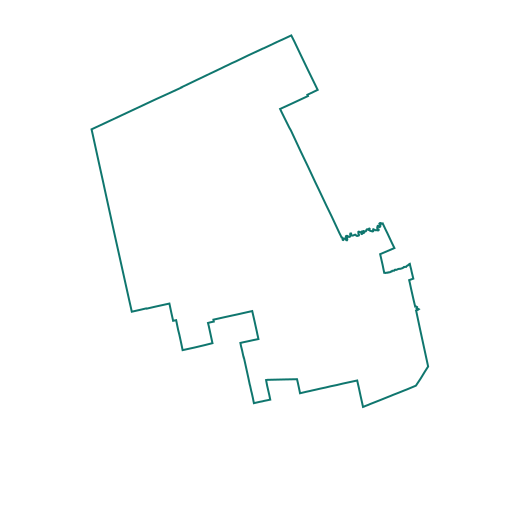 outline of Juárez Celman, Córdoba, Argentina, rotated 155°
{"feature_id": "61730980B81524529409154", "entity_name": "Juárez Celman", "entity_type": "district", "adm_level": 2, "iso_a3": "ARG", "parent_name": "Argentina", "parent_adm1": "Córdoba", "projection": "robinson", "projection_center": [-63.851, -33.267], "detail": "fine", "context": "isolated", "style": "outline", "palette": "teal", "viewbox_px": 512, "rotation_deg": 155, "n_neighbors": 0, "source": "geoboundaries", "source_scale": "gbopen_adm2", "svg_char_len": 5844}
<svg xmlns="http://www.w3.org/2000/svg" viewBox="0 0 512 512"><g transform="rotate(155 256 256)"><path d="M362.3,201.7L350.3,199.0L340.1,196.9L332.3,195.4L328.4,212.5L327.8,215.6L325.5,215.2L322.0,214.4L321.5,216.3L316.5,215.2L310.6,213.9L302.6,212.1L297.4,210.9L282.7,207.7L285.0,197.0L285.7,193.9L287.2,187.1L288.0,183.8L288.2,182.7L288.9,179.7L293.9,180.9L298.4,181.9L304.0,183.2L306.9,183.8L307.7,180.5L308.5,176.3L309.7,171.1L310.0,169.5L309.9,169.5L310.1,168.2L310.4,166.8L312.3,158.3L314.5,148.5L316.0,142.1L316.2,140.8L317.4,135.5L317.7,133.8L318.8,128.8L320.1,123.5L319.1,123.3L314.0,122.2L311.7,121.6L309.6,121.2L306.0,120.3L305.0,120.1L303.8,119.8L302.7,124.4L301.6,129.6L300.7,133.8L299.3,139.3L297.9,138.9L281.5,131.7L270.9,127.0L271.7,123.2L272.6,119.3L273.5,115.4L274.1,113.0L269.3,112.0L268.8,111.9L268.7,111.9L263.9,110.8L261.9,110.4L258.8,109.7L254.1,108.7L248.5,107.4L243.5,106.4L237.3,104.9L231.3,103.7L225.2,102.3L216.9,100.4L217.3,98.6L218.6,92.6L219.8,87.4L220.2,85.7L222.0,77.5L222.8,74.0L219.5,73.8L216.9,73.6L215.4,73.6L204.1,72.9L196.5,72.5L193.2,72.3L190.4,72.2L184.6,71.8L178.7,71.5L175.8,71.3L170.8,71.1L165.9,70.9L165.7,71.0L158.5,75.4L151.9,79.8L146.7,83.1L138.3,120.1L134.1,138.2L134.0,138.9L132.1,138.8L131.0,139.0L131.4,139.6L131.9,139.4L132.7,140.5L132.1,141.0L131.6,141.7L132.4,142.8L133.1,142.9L132.5,145.9L131.5,150.7L129.3,160.8L127.8,167.3L127.4,169.4L123.0,169.0L121.6,175.9L121.0,178.5L120.5,181.3L119.9,183.9L120.0,183.9L120.3,183.9L120.5,183.7L120.8,183.7L121.0,183.7L121.5,183.5L121.8,183.4L122.0,183.3L122.4,183.4L122.7,183.4L123.1,183.3L123.3,183.2L123.5,183.2L123.8,183.1L124.1,183.0L124.4,182.8L124.6,182.7L124.7,182.8L124.9,182.9L125.1,183.0L125.3,183.1L125.5,183.2L125.9,183.2L126.3,183.2L126.5,183.4L126.6,183.5L126.9,183.5L127.1,183.4L127.5,183.2L128.0,183.1L128.3,183.2L128.5,183.2L129.0,183.1L129.4,183.2L129.6,183.3L129.9,183.3L130.4,183.3L130.6,183.4L130.9,183.6L131.2,183.7L131.4,183.7L131.7,183.8L132.1,184.0L132.6,184.1L132.8,184.1L133.1,184.1L133.3,184.1L134.0,184.1L134.5,184.1L134.8,184.2L135.1,184.3L135.3,184.4L135.4,184.6L135.5,184.6L135.8,184.7L135.9,184.8L136.0,184.8L136.4,184.6L136.5,184.5L136.7,184.4L136.9,184.3L137.1,184.3L137.3,184.4L137.6,184.6L137.9,184.7L138.0,184.8L138.4,184.8L138.7,184.9L138.9,185.0L139.1,184.9L139.3,184.7L139.5,184.6L139.8,184.7L140.0,184.7L140.4,184.7L140.7,184.9L140.9,184.8L141.1,184.7L141.3,184.7L141.7,184.7L142.0,184.8L142.3,185.0L142.6,185.1L142.8,185.2L143.0,185.1L143.5,185.3L143.6,185.2L144.0,185.3L144.2,185.5L145.0,185.7L145.3,185.8L145.5,185.8L145.6,186.0L145.8,186.1L146.1,186.1L146.7,186.5L146.9,186.6L145.0,194.5L142.7,205.2L127.2,204.7L127.3,210.5L127.3,221.2L127.4,225.1L127.4,228.4L127.4,231.8L127.7,231.7L128.1,231.8L128.4,232.1L128.5,232.5L128.7,232.8L129.0,233.1L129.5,233.4L130.1,233.4L130.5,233.2L130.5,232.8L130.1,232.3L130.2,231.8L130.4,231.2L130.6,230.6L131.0,230.2L131.4,230.0L131.9,230.0L132.2,230.2L132.4,230.7L132.4,231.2L132.3,231.5L132.5,231.8L132.8,231.9L133.2,231.7L133.5,231.3L134.1,230.6L134.4,229.8L134.4,229.2L134.2,228.8L133.9,228.6L133.7,228.3L133.7,227.9L133.9,227.6L134.3,227.5L134.7,227.6L134.9,228.0L135.6,228.4L136.0,228.5L136.6,228.7L137.0,229.1L137.4,229.6L137.8,229.9L138.0,230.3L138.2,230.6L138.4,230.7L138.6,230.5L138.7,230.3L139.0,229.9L139.2,229.0L139.6,228.9L140.0,229.0L140.3,229.2L140.6,229.5L141.0,229.9L141.7,230.4L142.0,230.7L142.1,231.3L142.0,231.8L141.6,232.4L141.5,232.7L141.7,233.0L142.1,233.0L142.5,232.7L142.6,232.4L142.8,232.2L143.0,232.1L143.2,232.3L143.3,232.6L143.6,233.1L144.0,233.3L144.5,233.2L145.0,232.9L145.3,232.6L145.5,232.3L145.8,232.1L146.1,232.0L146.5,232.1L147.0,232.1L147.3,232.3L147.4,232.5L147.6,232.9L148.0,233.2L148.2,233.3L148.5,233.2L148.5,232.6L148.1,232.2L148.1,231.6L148.4,231.4L148.6,231.3L148.9,231.4L149.1,231.7L149.1,232.1L149.1,232.3L149.1,232.7L149.3,233.2L149.9,233.5L150.4,233.3L150.5,232.9L150.0,231.9L149.9,231.4L150.4,231.2L150.9,231.2L151.1,231.4L150.9,232.3L150.9,232.7L150.9,233.0L151.1,233.3L151.5,233.6L151.9,233.9L152.2,234.2L152.4,234.6L152.7,234.7L153.1,234.6L153.3,234.1L153.3,233.5L153.8,232.9L153.7,231.7L153.9,231.3L154.3,231.1L154.7,231.2L155.2,231.3L155.8,231.4L156.4,231.9L156.6,232.5L156.8,233.0L156.9,233.3L157.4,233.5L158.2,233.5L159.5,233.6L160.3,233.9L160.8,234.4L160.7,235.0L160.3,236.2L160.6,236.4L161.0,236.5L161.5,235.9L161.6,235.6L161.7,234.9L162.2,234.1L162.7,233.8L163.2,233.8L163.6,234.0L164.1,234.5L164.3,235.0L164.6,235.5L165.1,235.9L165.9,236.0L166.2,235.9L166.3,235.7L166.3,235.4L166.1,235.0L165.7,234.7L165.6,234.3L165.7,233.9L165.9,233.6L166.1,233.3L166.3,232.3L166.6,232.0L166.9,231.8L167.4,232.1L167.6,232.7L167.5,233.3L167.5,233.8L167.9,234.3L168.4,234.5L168.6,234.5L170.0,233.6L170.3,233.6L170.6,234.0L170.6,234.3L170.4,234.5L170.2,234.8L169.9,235.4L169.9,236.1L170.2,236.5L170.6,236.6L170.6,238.5L170.7,241.4L170.7,246.2L170.7,259.9L170.9,271.9L171.0,290.4L171.1,298.0L171.1,315.6L171.2,322.5L171.3,332.5L171.3,340.5L171.3,349.4L171.3,354.4L171.4,356.6L171.5,357.0L171.6,359.3L171.8,367.1L171.9,371.0L172.0,375.9L172.0,379.1L159.8,379.0L154.5,379.0L147.5,379.0L141.3,379.0L141.3,380.4L129.9,380.5L130.3,402.5L130.5,420.4L130.6,434.1L130.8,441.0L139.4,441.0L146.6,441.1L154.3,441.0L161.4,441.0L161.9,441.1L178.8,441.1L184.9,441.0L192.0,440.9L196.6,441.0L200.4,440.9L204.3,440.9L208.3,440.8L223.5,440.7L231.1,440.6L234.9,440.6L241.9,440.5L252.3,440.4L252.3,440.2L255.9,440.2L272.1,440.3L280.1,440.4L333.9,440.3L351.5,440.3L352.6,435.3L359.3,405.5L363.3,387.5L364.4,382.7L365.3,378.7L368.3,365.4L375.2,334.6L379.5,315.1L379.9,313.3L389.4,270.4L392.1,258.0L383.4,256.1L377.6,254.9L377.4,254.5L368.9,252.7L354.6,249.5L354.8,248.6L356.8,240.0L358.5,232.3L355.5,231.6L356.0,229.4L356.5,227.4L357.8,221.9L358.7,217.2L360.6,208.8L361.5,205.0L362.3,201.7Z" fill="none" stroke="#0f766e" stroke-width="2"/></g></svg>